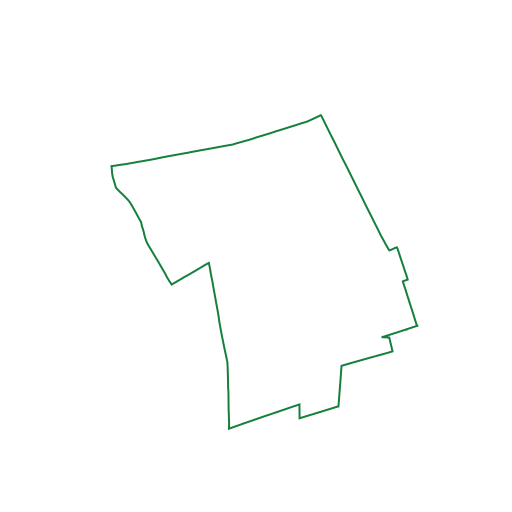 Scutelnici, Buzau, Romania, rotated 220°
{"feature_id": "2599482B43358444989508", "entity_name": "Scutelnici", "entity_type": "district", "adm_level": 2, "iso_a3": "ROU", "parent_name": "Romania", "parent_adm1": "Buzau", "projection": "mercator", "projection_center": [26.956, 44.836], "detail": "fine", "context": "isolated", "style": "outline", "palette": "green", "viewbox_px": 512, "rotation_deg": 220, "n_neighbors": 0, "source": "geoboundaries", "source_scale": "gbopen_adm2", "svg_char_len": 3926}
<svg xmlns="http://www.w3.org/2000/svg" viewBox="0 0 512 512"><g transform="rotate(220 256 256)"><path d="M296.7,405.6L296.8,405.6L297.7,403.7L298.6,401.7L299.7,399.3L300.9,396.7L303.1,392.1L305.1,388.9L306.6,386.8L307.4,385.4L308.9,383.0L310.1,381.1L313.1,376.4L313.8,375.3L318.8,367.5L320.9,364.3L323.1,360.7L324.0,359.2L325.0,357.7L325.9,356.3L326.3,355.7L328.4,352.5L332.0,347.0L334.0,343.6L334.7,342.5L336.8,339.3L337.6,338.2L339.4,335.6L341.3,332.8L343.2,330.0L344.8,327.6L345.0,327.2L345.5,326.4L347.7,323.8L349.9,321.2L352.3,318.3L355.2,314.8L359.3,309.8L365.6,302.3L367.9,299.5L372.8,293.6L373.1,293.3L373.4,292.9L373.5,292.6L378.2,287.0L381.1,283.5L382.7,281.6L383.3,280.9L383.8,280.2L385.2,278.6L385.4,278.4L386.8,276.7L389.9,272.9L390.9,271.7L391.4,271.0L394.0,267.7L396.0,265.2L396.5,264.6L399.2,261.3L400.8,259.4L401.4,258.7L401.7,258.3L402.3,257.7L404.5,255.0L406.8,252.4L407.5,251.6L407.6,251.4L410.8,247.5L412.5,245.5L413.1,244.8L413.6,244.1L414.5,243.1L416.1,241.2L416.5,241.0L418.0,239.2L419.5,237.5L420.1,236.9L420.9,235.9L422.1,234.5L423.2,233.3L423.7,232.7L424.1,232.4L424.4,232.1L424.5,231.9L423.9,231.5L419.5,227.0L418.5,226.1L416.6,224.5L412.9,222.1L408.4,219.1L407.4,218.5L406.6,218.2L404.5,217.9L402.8,217.8L402.5,217.7L396.7,217.4L392.9,217.0L388.8,216.5L388.2,216.3L386.3,215.8L385.9,215.6L382.5,214.5L380.3,213.6L379.6,213.4L376.3,212.1L375.8,212.0L373.9,211.2L371.9,210.4L369.2,209.3L367.7,208.8L367.5,208.7L366.0,208.1L365.4,207.8L364.9,207.4L362.6,205.5L360.2,204.1L358.9,203.2L357.2,202.1L355.9,201.0L353.2,199.1L351.3,197.9L348.2,196.1L346.3,195.4L344.5,194.7L343.7,194.5L331.9,190.4L326.7,188.6L325.3,188.1L322.3,187.0L319.0,185.8L314.2,184.1L310.3,182.4L309.5,182.2L308.4,181.8L308.2,181.7L305.4,180.8L303.0,180.2L302.9,180.2L302.3,179.9L300.3,185.4L297.7,192.7L297.8,192.9L297.6,193.2L295.7,198.1L293.1,205.3L289.8,214.8L289.7,215.1L289.5,215.9L287.7,220.4L283.4,217.0L283.0,216.7L281.2,215.1L279.1,213.3L276.9,211.5L273.6,208.9L271.1,206.8L270.3,206.1L268.0,204.2L264.4,201.2L255.9,194.1L251.5,190.5L245.6,185.5L242.6,182.7L235.3,176.6L225.4,168.6L223.7,167.3L221.9,165.8L219.7,164.1L218.0,162.8L216.9,161.9L215.8,161.1L214.0,159.7L209.1,155.8L208.9,155.3L206.6,153.0L203.6,149.6L201.2,146.9L199.3,144.8L197.4,142.6L194.9,139.8L193.1,137.6L189.8,134.2L178.4,120.9L176.9,119.3L169.3,110.8L168.1,109.4L165.7,106.3L165.5,106.7L163.6,109.9L159.6,116.7L157.4,120.5L153.7,126.6L147.7,136.7L147.4,137.2L146.9,138.0L146.2,139.2L145.6,140.1L130.4,165.2L127.3,170.2L118.3,159.7L101.1,186.3L96.4,193.6L96.2,193.7L96.7,194.4L97.0,194.9L97.3,195.4L97.5,195.7L98.3,196.8L98.5,197.0L99.3,198.2L100.2,199.5L101.3,201.0L102.9,203.2L105.9,207.4L113.2,217.6L119.9,226.9L112.6,237.7L107.7,244.9L103.5,251.1L93.2,266.0L90.1,270.7L101.5,279.2L106.9,275.1L107.1,275.4L106.6,275.8L103.6,280.6L100.5,285.5L97.1,290.9L95.1,294.1L94.3,295.3L93.5,296.2L93.7,296.4L92.7,298.0L90.0,302.4L87.8,305.8L87.5,306.3L87.7,306.5L88.1,306.4L88.4,306.5L88.5,306.5L89.0,306.7L89.4,307.0L90.4,307.6L91.3,308.2L92.5,308.9L94.5,310.2L96.5,311.5L99.9,313.7L101.4,314.6L109.8,319.9L116.7,324.3L117.5,324.8L118.7,325.6L120.6,326.8L123.1,328.3L124.6,329.3L125.8,330.0L126.7,330.5L127.1,330.9L127.2,331.1L127.1,331.4L126.7,331.9L125.7,333.7L124.6,335.4L124.8,335.6L125.4,335.9L126.0,336.3L128.7,338.1L132.3,340.2L133.1,340.7L136.4,342.8L139.7,344.8L141.5,345.9L144.0,347.4L147.3,349.5L151.8,352.3L152.3,352.6L153.6,353.2L153.9,352.9L154.1,352.5L154.4,352.1L156.5,347.6L156.8,347.0L157.1,346.4L157.4,346.1L157.6,346.0L157.8,346.0L158.8,346.4L160.5,347.0L164.6,348.5L167.8,349.8L172.6,351.6L178.3,354.1L187.5,358.1L201.7,364.2L215.1,370.1L220.7,372.5L242.1,381.9L247.0,384.0L248.0,384.4L250.6,385.5L255.2,387.5L265.6,392.1L267.1,392.8L272.2,395.0L274.2,395.8L279.7,398.2L292.0,403.6L293.1,404.1L293.4,404.2L294.3,404.6L295.4,405.1L295.8,405.2L296.1,405.3L296.5,405.5L296.7,405.6Z" fill="none" stroke="#15803d" stroke-width="2"/></g></svg>